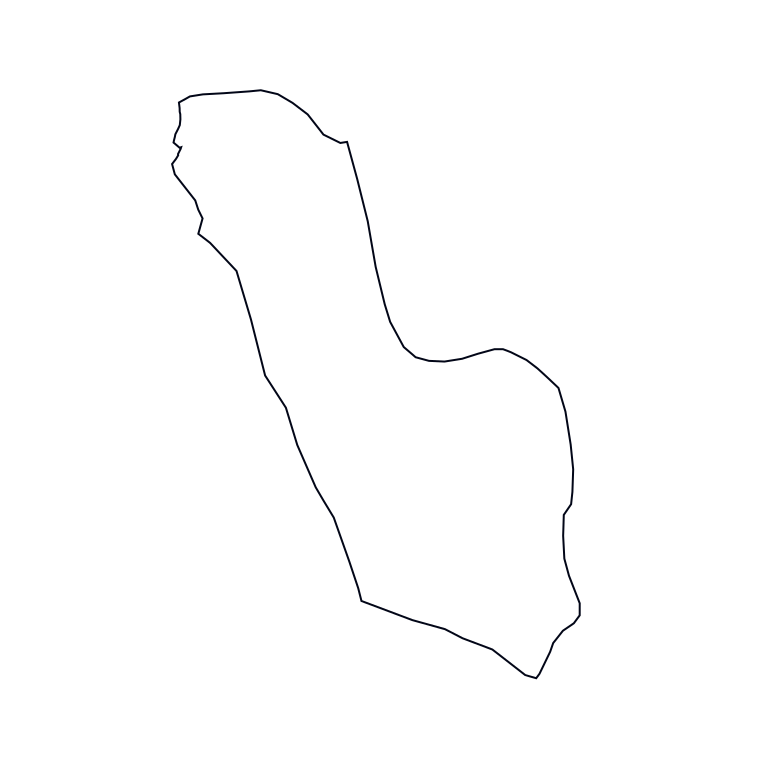 Ekiti, Kwara, Nigeria, rotated 261°
{"feature_id": "59680162B94527775336179", "entity_name": "Ekiti", "entity_type": "district", "adm_level": 2, "iso_a3": "NGA", "parent_name": "Nigeria", "parent_adm1": "Kwara", "projection": "albers", "projection_center": [5.38, 8.111], "detail": "fine", "context": "isolated", "style": "outline", "palette": "ink", "viewbox_px": 768, "rotation_deg": 261, "n_neighbors": 0, "source": "geoboundaries", "source_scale": "gbopen_adm2", "svg_char_len": 1350}
<svg xmlns="http://www.w3.org/2000/svg" viewBox="0 0 768 768"><g transform="rotate(261 384 384)"><path d="M408.4,417.0L417.4,409.3L444.4,399.8L462.6,397.2L500.9,394.1L547.3,393.4L590.6,389.6L628.9,385.4L628.9,378.6L639.8,363.2L645.1,360.3L662.2,350.8L676.0,337.6L685.6,326.0L686.9,324.4L693.4,308.3L694.1,296.6L696.3,270.9L698.4,250.4L698.4,237.3L696.6,232.5L694.1,225.5L688.5,225.3L684.8,224.8L682.4,225.0L677.2,224.3L671.6,222.8L668.1,220.5L663.3,217.0L660.8,216.1L657.8,214.8L655.4,213.9L649.3,219.1L649.6,220.7L648.0,219.9L643.3,216.5L642.1,216.5L638.9,213.8L634.4,209.1L623.8,210.2L594.8,226.3L585.3,227.8L575.9,230.7L561.4,224.1L550.6,234.3L518.7,256.0L468.5,262.7L411.0,267.9L375.9,283.4L355.2,286.3L337.3,288.8L292.6,300.4L278.3,306.0L259.9,313.5L213.9,322.0L186.3,326.6L173.2,327.8L146.4,375.0L132.3,405.9L120.6,421.8L104.8,449.5L74.4,478.0L69.6,488.3L73.4,492.2L93.5,506.2L101.7,510.6L104.8,514.0L112.3,522.1L118.0,534.1L124.9,541.1L136.8,543.0L165.7,536.7L183.3,534.8L206.1,537.2L212.3,538.4L226.6,541.1L236.0,550.0L247.9,553.2L270.1,557.5L282.4,558.2L295.0,558.9L297.2,558.9L319.7,558.9L328.3,558.9L352.8,555.7L365.9,545.6L375.4,538.0L385.4,528.5L395.4,514.5L397.5,511.0L399.8,506.9L401.1,498.7L399.2,481.6L396.7,465.1L396.7,447.3L399.1,435.6L399.8,432.1L405.5,419.4L408.4,417.0Z" fill="none" stroke="#020617" stroke-width="2"/></g></svg>